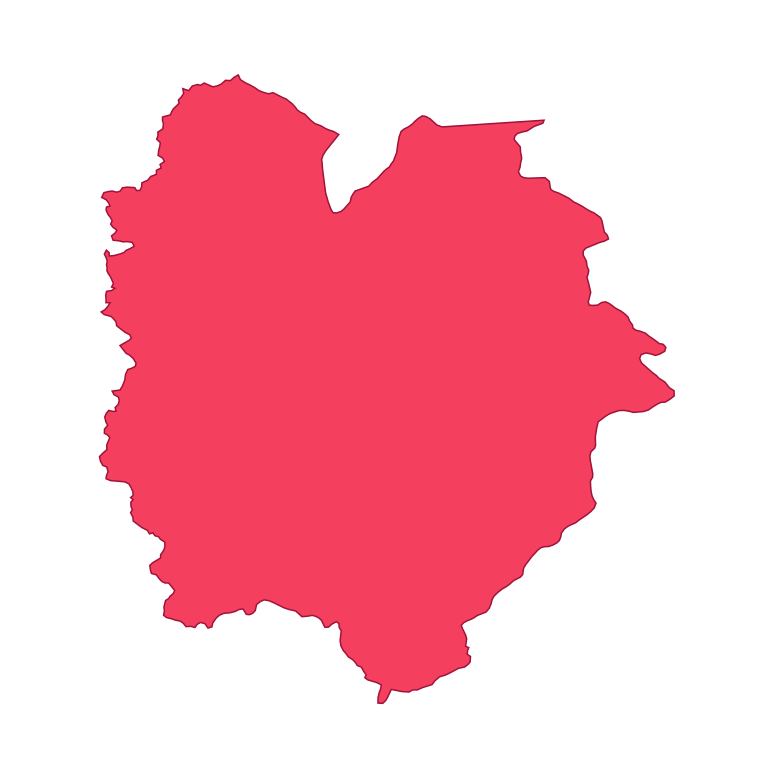 Mumias East, Western, Kenya (Robinson projection), rotated 86°
{"feature_id": "3690345B49414507598309", "entity_name": "Mumias East", "entity_type": "district", "adm_level": 2, "iso_a3": "KEN", "parent_name": "Kenya", "parent_adm1": "Western", "projection": "robinson", "projection_center": [34.565, 0.336], "detail": "fine", "context": "isolated", "style": "filled", "palette": "rose", "viewbox_px": 768, "rotation_deg": 86, "n_neighbors": 0, "source": "geoboundaries", "source_scale": "gbopen_adm2", "svg_char_len": 6137}
<svg xmlns="http://www.w3.org/2000/svg" viewBox="0 0 768 768"><g transform="rotate(86 384 384)"><path d="M548.7,630.3L553.0,630.0L556.8,629.2L558.5,624.4L562.4,621.9L565.5,619.4L567.2,616.4L567.5,612.7L575.4,607.2L578.5,609.0L580.6,612.0L583.1,613.9L584.7,617.0L591.2,619.1L594.9,618.9L599.4,620.0L601.8,617.2L603.2,612.9L605.2,608.1L606.3,603.8L608.9,600.7L612.2,598.5L612.3,593.7L613.7,589.6L610.6,587.0L609.1,583.7L610.6,579.3L615.2,576.6L614.3,572.6L610.5,571.5L608.1,569.6L605.6,567.5L603.1,564.1L601.6,559.7L601.5,553.8L600.5,548.2L598.8,544.3L598.6,540.3L604.2,537.4L604.7,534.2L603.6,531.0L601.0,528.2L595.1,526.5L592.4,522.6L591.0,518.6L592.1,513.9L594.7,508.9L600.2,499.5L602.1,495.1L604.3,487.9L610.4,482.1L610.3,476.6L609.8,471.7L611.0,468.3L613.0,465.1L615.5,462.8L622.5,460.0L622.7,456.4L619.8,452.6L617.8,448.1L619.9,445.7L623.7,445.7L627.2,443.9L637.1,445.7L642.4,445.2L647.2,443.1L650.3,440.7L653.8,438.6L656.7,434.6L659.5,432.2L663.0,430.2L664.8,426.4L669.5,424.2L672.8,422.1L675.7,423.6L678.1,420.7L681.1,412.6L683.8,407.8L687.3,408.4L691.2,410.2L696.4,411.8L701.9,412.3L702.5,407.5L699.8,404.3L696.8,402.3L689.2,398.0L692.1,387.4L693.0,380.5L691.2,376.8L691.5,372.2L689.5,366.6L687.2,357.0L683.8,354.1L680.0,349.1L678.7,343.3L677.0,338.8L672.8,329.4L672.0,323.4L669.6,319.7L667.3,317.5L661.9,316.7L659.3,319.8L656.0,319.3L652.9,317.8L651.3,320.9L644.1,319.3L640.1,320.1L633.9,322.6L630.1,323.8L627.7,321.2L626.0,317.5L624.9,313.9L623.6,310.8L621.4,307.0L618.6,298.1L615.1,294.7L610.7,292.5L606.6,291.2L603.4,289.1L600.0,285.2L596.6,280.2L594.7,276.2L592.3,272.4L589.2,268.5L586.1,261.3L583.8,259.0L577.3,257.5L574.3,255.4L566.4,248.5L560.2,241.9L558.0,238.4L557.5,234.8L557.6,231.0L556.4,226.7L554.7,222.9L552.5,220.1L549.3,218.5L545.1,217.4L541.1,214.1L538.8,210.4L537.4,207.1L535.8,202.5L532.9,198.2L528.6,190.7L525.9,186.9L522.4,183.0L517.6,180.8L513.8,183.0L509.9,184.3L505.6,184.9L500.5,185.0L495.0,184.8L491.8,182.5L488.3,182.0L475.0,183.5L470.2,183.6L466.1,182.3L462.7,178.3L459.9,177.2L451.5,176.9L442.1,174.7L436.6,172.9L431.9,165.7L430.3,162.8L429.0,159.7L426.9,151.4L427.1,146.4L428.3,141.2L429.7,137.4L429.6,127.4L428.4,122.1L425.3,116.9L423.1,112.7L421.6,108.9L421.7,104.8L419.3,100.0L416.2,95.4L411.0,95.1L407.7,99.5L401.5,103.8L397.4,109.4L394.5,111.7L391.6,115.2L380.9,125.7L376.4,127.2L372.6,125.4L371.3,120.7L372.6,115.7L374.4,111.3L373.5,107.2L371.0,101.7L367.2,100.3L363.9,102.7L362.8,106.7L359.2,110.7L354.6,116.5L351.6,119.6L349.4,124.3L347.9,128.9L345.7,131.7L342.5,132.0L338.3,134.6L334.3,135.9L331.5,138.3L328.2,142.0L324.1,148.3L321.5,151.1L319.5,153.6L317.5,157.1L317.8,161.0L320.2,165.5L320.2,170.0L319.6,173.7L316.4,174.5L307.0,171.4L296.9,173.0L291.8,174.1L288.3,172.6L284.7,171.8L280.7,173.3L275.7,173.5L269.4,176.2L265.4,176.1L262.5,173.1L257.7,158.5L256.9,154.3L255.0,149.9L251.3,150.8L247.7,153.6L236.4,155.2L233.2,156.4L230.6,159.3L227.9,162.7L225.7,166.8L223.2,170.4L220.4,174.1L217.4,178.8L215.9,181.7L211.5,186.7L205.8,196.3L203.5,201.6L201.5,204.1L198.0,204.6L193.4,204.9L189.4,209.0L188.8,225.8L187.9,230.2L186.0,233.3L181.6,235.1L177.4,233.2L172.2,232.1L168.7,230.9L165.8,231.1L162.4,231.6L157.0,231.5L149.4,237.0L146.2,236.4L143.4,233.5L142.2,228.2L141.5,223.6L137.4,216.0L135.0,207.4L132.0,205.9L131.6,308.2L129.3,313.2L122.7,319.5L120.0,323.7L119.2,327.2L121.3,331.0L124.3,335.1L126.5,337.4L129.2,341.7L131.1,346.3L133.2,349.3L138.6,351.7L146.1,353.6L154.0,355.2L162.3,359.1L165.0,361.5L167.8,363.3L169.6,366.4L172.1,369.6L178.5,376.2L182.0,381.6L185.6,385.4L189.5,399.3L192.4,401.7L195.4,403.7L200.0,405.0L206.9,412.0L208.9,414.9L210.0,419.2L209.6,422.9L206.6,424.5L203.1,425.6L198.7,426.9L189.3,428.9L165.4,430.3L159.1,430.3L155.7,430.6L151.7,428.9L147.0,425.6L132.0,411.7L128.6,416.6L126.7,421.4L125.0,424.6L122.1,428.8L119.3,434.9L115.9,438.6L109.3,444.2L107.3,448.1L104.6,451.4L101.9,453.0L98.1,456.0L92.9,461.7L91.2,465.1L85.7,474.3L86.4,479.2L84.5,484.3L82.5,488.4L79.4,492.2L76.5,496.6L73.9,501.2L70.4,506.0L65.5,507.8L67.6,512.1L70.6,516.0L70.0,520.9L73.6,525.7L75.1,529.9L75.6,534.0L71.2,542.5L73.3,546.2L72.2,549.2L73.4,554.5L77.7,558.4L75.3,564.1L80.3,563.6L83.8,566.4L86.4,569.3L89.8,568.9L94.8,574.9L97.6,576.8L100.6,578.3L102.2,586.3L105.5,586.6L109.1,585.9L114.1,586.9L116.9,592.0L120.4,592.1L124.0,593.7L127.6,590.3L131.2,591.1L135.4,592.5L140.2,593.4L143.0,589.3L146.6,587.4L149.4,592.1L153.0,591.2L154.9,596.1L159.0,596.5L160.7,602.2L164.2,605.4L166.4,611.5L170.5,612.0L173.9,614.0L173.7,617.4L170.7,618.9L169.7,626.4L170.0,631.2L173.2,633.7L174.0,637.3L172.6,641.4L172.7,645.1L173.6,650.1L178.2,652.6L180.9,648.2L184.3,645.9L187.4,645.0L188.1,648.5L191.1,649.1L195.7,647.4L198.8,645.3L202.1,643.8L205.5,645.5L208.6,643.6L211.9,639.7L214.7,641.8L217.2,645.5L221.7,644.2L222.6,638.8L223.9,634.7L224.1,630.0L225.1,625.4L229.1,623.5L231.1,627.6L232.7,631.9L234.8,634.4L235.9,638.5L237.0,644.1L237.2,649.1L233.7,649.1L231.1,651.6L234.8,653.9L239.2,652.2L242.4,651.5L245.6,652.5L248.6,652.1L251.7,652.5L254.5,651.4L258.0,649.4L264.8,646.9L268.3,649.0L269.7,645.8L271.8,649.4L272.2,654.3L276.4,655.5L279.9,655.3L283.5,655.7L283.9,651.6L287.4,654.2L290.4,657.2L292.4,661.1L295.2,658.3L297.6,651.5L300.7,648.8L303.4,647.0L307.3,646.6L314.2,638.9L317.2,634.1L320.7,632.9L322.7,635.4L327.2,644.7L335.4,639.1L337.4,635.9L341.0,632.4L345.9,629.9L349.0,630.8L350.5,634.1L351.7,638.6L356.5,641.2L361.9,642.3L367.8,645.1L371.6,647.8L372.1,655.7L375.8,654.1L378.6,649.8L382.2,649.3L385.9,650.6L388.8,653.9L392.4,653.2L392.4,656.5L391.1,660.4L393.7,662.9L397.4,664.9L402.4,664.1L406.0,662.5L409.5,666.0L413.7,666.4L415.4,663.5L418.3,661.3L425.6,664.9L430.1,665.0L433.6,669.6L436.6,672.9L441.4,672.2L445.6,670.2L447.4,666.4L452.1,665.4L456.2,667.3L459.1,667.9L461.3,663.5L463.5,649.4L465.8,645.5L469.6,643.6L474.0,642.0L477.7,642.1L479.6,644.7L481.9,642.4L484.3,644.8L488.2,645.0L491.9,643.8L494.7,645.8L499.6,643.7L503.1,643.8L510.3,635.6L513.4,630.3L517.2,628.3L516.3,625.0L519.5,623.0L520.5,619.7L523.4,617.8L526.3,613.8L529.9,613.8L533.3,614.7L536.2,616.6L538.6,618.7L542.0,619.1L546.2,627.3L548.7,630.3Z" fill="#f43f5e" stroke="#9f1239" stroke-width="1.5"/></g></svg>